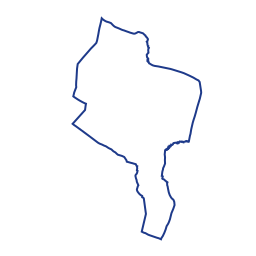 outline of Ban Dan, Buri Ram, Thailand, rotated 193°
{"feature_id": "78962969B34946496747939", "entity_name": "Ban Dan", "entity_type": "district", "adm_level": 2, "iso_a3": "THA", "parent_name": "Thailand", "parent_adm1": "Buri Ram", "projection": "albers", "projection_center": [103.173, 15.139], "detail": "fine", "context": "isolated", "style": "outline", "palette": "blue", "viewbox_px": 256, "rotation_deg": 193, "n_neighbors": 0, "source": "geoboundaries", "source_scale": "gbopen_adm2", "svg_char_len": 5095}
<svg xmlns="http://www.w3.org/2000/svg" viewBox="0 0 256 256"><g transform="rotate(193 128 128)"><path d="M187.6,156.1L188.3,151.3L188.4,150.4L188.4,147.9L188.4,146.5L187.7,146.2L186.2,145.6L183.5,144.6L181.1,143.8L178.3,143.0L175.8,142.4L174.4,142.2L174.3,140.0L173.9,135.9L182.9,119.6L182.3,119.3L181.7,119.0L180.6,118.5L179.9,118.3L165.1,111.9L154.1,107.0L152.2,106.4L149.5,106.0L147.5,105.5L146.8,105.4L145.4,105.2L144.8,105.0L143.2,104.4L142.4,104.1L140.7,103.7L139.3,103.4L138.0,102.6L137.1,102.1L135.7,101.6L134.8,101.4L133.6,100.6L131.9,99.7L128.6,99.5L127.4,99.4L125.6,99.0L125.2,98.9L124.8,98.6L122.2,96.1L121.6,94.9L119.0,94.8L117.1,94.7L115.9,94.7L114.7,94.6L112.3,94.5L111.6,93.6L111.0,92.9L110.9,92.8L110.4,92.8L110.4,92.7L110.2,91.3L109.9,90.5L109.9,89.4L109.9,89.0L109.8,88.7L109.1,88.5L109.1,88.4L109.0,87.4L109.1,86.2L109.2,85.6L109.4,85.1L109.8,84.4L109.9,84.1L110.0,83.8L110.0,83.0L109.8,82.6L109.0,80.9L107.9,79.2L107.6,78.3L107.1,77.3L105.0,74.5L105.2,74.0L105.3,73.5L105.4,72.6L105.4,71.7L105.5,71.1L105.5,70.7L105.5,70.0L105.3,69.5L104.5,68.3L103.2,67.2L102.3,66.5L101.3,65.9L100.5,65.5L98.9,65.0L98.6,63.7L98.0,63.6L97.4,63.5L97.0,63.2L96.7,62.8L91.2,48.3L91.3,30.1L89.3,29.6L88.4,29.5L87.5,29.5L87.1,29.4L84.4,28.6L83.0,28.4L75.3,27.6L73.3,27.5L70.8,27.0L70.7,28.2L69.8,30.5L69.0,34.1L68.5,37.6L68.3,41.0L67.3,43.9L66.9,46.0L66.8,47.0L66.6,48.5L66.5,54.8L65.7,59.4L65.3,63.4L66.3,66.4L67.3,67.9L67.8,68.4L68.8,68.9L69.4,69.2L70.6,70.2L72.3,72.1L73.5,74.0L73.9,74.7L75.1,77.3L75.8,78.9L76.0,79.5L76.2,79.9L77.0,81.2L77.4,82.9L77.5,83.1L77.7,83.3L77.4,84.0L79.2,84.8L79.7,85.0L81.4,86.0L82.1,86.1L82.5,86.1L82.9,86.3L83.2,86.4L83.3,86.6L83.2,88.1L83.2,88.6L83.3,88.7L83.7,88.8L83.8,89.0L84.2,89.0L84.3,89.0L84.3,89.3L84.7,93.0L84.7,93.5L84.6,95.8L84.7,96.1L84.7,96.5L84.7,96.9L84.3,98.7L84.2,99.4L84.1,100.2L83.9,101.7L84.1,102.4L84.3,103.1L84.6,104.3L84.8,104.9L85.3,107.7L86.0,109.7L86.3,110.5L86.8,114.6L86.4,114.7L86.3,114.8L86.2,114.9L86.2,115.2L85.2,115.4L85.2,115.5L85.3,115.7L85.5,115.8L85.6,116.0L85.1,116.2L85.0,116.6L84.2,116.6L84.2,116.8L84.3,116.9L84.7,117.0L84.8,117.0L84.7,117.1L84.6,117.5L84.4,117.6L84.5,118.0L84.3,118.3L84.3,118.5L84.5,118.9L84.5,119.0L84.4,119.1L84.2,119.2L83.4,118.7L83.2,118.5L83.1,118.9L83.1,119.2L83.5,119.8L83.5,120.0L83.4,120.0L83.2,120.0L82.9,119.7L82.6,119.7L82.6,119.8L82.5,120.1L82.4,120.2L82.2,120.1L82.1,120.3L82.1,121.0L82.2,121.4L81.9,121.4L81.7,121.1L81.3,121.4L81.1,121.5L81.0,121.9L80.7,122.0L80.5,122.4L80.4,123.3L80.1,123.6L79.3,123.9L79.1,124.1L78.9,124.2L78.3,124.3L78.1,124.4L77.6,124.7L77.4,124.7L76.9,124.1L76.7,124.1L76.5,124.4L76.4,124.4L76.2,124.1L75.9,124.2L75.7,124.7L75.8,124.8L76.1,125.0L76.0,125.4L76.0,125.5L75.9,125.5L75.7,125.4L75.5,125.2L75.3,125.0L75.2,125.0L75.2,125.4L74.7,126.1L74.6,126.5L74.3,126.6L74.1,126.5L72.9,126.4L72.8,126.5L72.6,126.9L72.5,127.0L72.4,127.0L72.2,127.0L71.2,126.5L70.9,126.5L71.0,126.9L70.9,127.0L69.3,127.5L69.1,127.7L69.0,127.8L68.9,128.1L68.7,128.2L68.4,128.2L68.1,128.5L67.9,128.5L67.8,128.3L67.7,128.1L67.3,128.1L67.1,128.1L66.8,128.5L66.6,128.5L66.2,128.2L65.9,128.2L65.9,128.3L66.3,128.7L66.3,128.8L66.2,128.9L65.8,129.2L65.7,129.2L65.9,134.5L65.8,136.3L66.1,140.9L66.1,143.1L66.1,147.9L65.9,150.9L65.6,154.1L65.4,157.7L65.2,164.1L64.7,171.5L64.6,172.6L64.6,175.5L64.6,178.7L65.1,180.4L68.5,188.9L70.0,190.2L72.2,190.7L75.6,191.8L79.9,192.8L85.9,194.0L88.6,194.3L98.0,195.0L99.9,195.1L112.3,194.8L116.1,194.5L117.9,194.6L119.5,195.0L121.8,195.8L122.0,195.8L122.2,196.1L122.5,196.6L123.0,196.7L123.1,196.8L123.1,197.0L123.1,197.6L123.4,197.7L123.8,197.4L124.1,197.5L124.2,197.8L124.1,198.6L124.4,198.8L124.4,199.0L124.2,199.1L123.7,199.0L123.7,199.3L123.9,200.2L124.0,200.3L124.3,200.4L125.1,201.0L125.3,201.2L126.0,202.8L126.1,203.4L126.2,203.6L126.1,203.9L125.9,204.2L125.4,205.5L125.1,205.7L125.0,205.9L125.1,206.3L125.4,207.1L125.7,207.8L125.8,208.8L126.0,209.3L125.9,210.2L125.6,210.7L125.6,210.8L126.2,211.1L126.3,211.1L126.5,211.6L126.8,211.7L126.9,211.9L126.8,212.4L127.1,212.5L127.3,212.9L127.6,213.2L127.9,213.9L128.0,214.5L128.3,215.0L128.4,215.6L128.5,215.7L129.0,216.1L129.2,216.3L129.1,216.5L128.5,217.4L128.6,217.9L128.6,218.4L128.5,218.8L128.6,219.1L128.7,219.3L129.1,219.5L129.5,220.1L129.7,220.3L129.8,220.4L130.0,220.5L130.4,220.7L130.6,220.8L130.8,221.0L131.4,221.3L131.6,221.8L131.7,222.0L131.9,222.1L133.0,222.6L134.6,223.6L135.4,223.7L138.2,223.9L138.8,224.0L139.3,223.9L139.9,223.7L141.7,222.1L142.4,221.6L142.9,221.4L143.3,221.3L143.9,221.2L147.5,221.4L148.2,221.5L148.9,221.6L150.9,221.8L154.0,222.2L154.6,222.2L155.7,222.3L156.4,222.4L158.8,222.9L160.7,223.2L162.8,223.5L163.9,223.8L165.3,224.5L166.4,225.2L167.6,226.0L168.1,226.3L168.5,226.5L169.1,226.5L169.7,226.6L170.1,226.7L171.0,226.7L171.5,226.8L172.7,226.8L174.1,227.1L176.4,227.9L178.3,229.0L178.2,226.5L178.2,222.9L178.3,218.9L178.2,216.2L178.0,212.6L177.8,206.2L178.0,203.8L178.1,203.6L179.0,202.0L180.5,199.5L182.0,197.1L184.0,193.3L187.7,186.4L191.4,179.0L191.0,174.4L189.3,164.5L188.9,161.6L188.2,158.0L187.6,156.1Z" fill="none" stroke="#1e3a8a" stroke-width="2"/></g></svg>